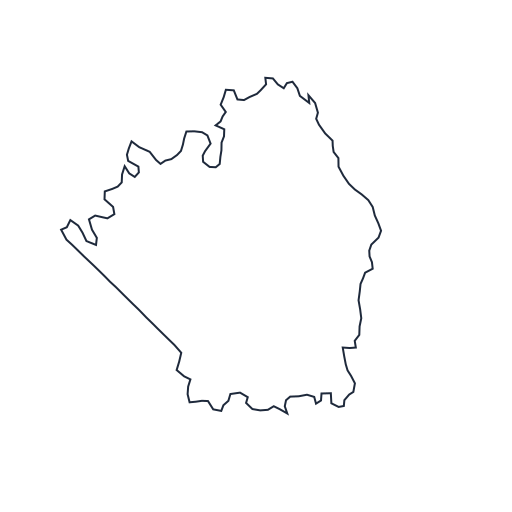 the district of Bozano, Rio Grande do Sul, Brazil, rotated 316°
{"feature_id": "56859067B99818691919040", "entity_name": "Bozano", "entity_type": "district", "adm_level": 2, "iso_a3": "BRA", "parent_name": "Brazil", "parent_adm1": "Rio Grande do Sul", "projection": "natural_earth1", "projection_center": [-53.753, -28.359], "detail": "fine", "context": "isolated", "style": "outline", "palette": "slate", "viewbox_px": 512, "rotation_deg": 316, "n_neighbors": 0, "source": "geoboundaries", "source_scale": "gbopen_adm2", "svg_char_len": 2369}
<svg xmlns="http://www.w3.org/2000/svg" viewBox="0 0 512 512"><g transform="rotate(316 256 256)"><path d="M147.4,101.2L139.9,103.9L134.1,101.7L131.0,112.6L131.5,120.0L131.8,129.8L132.0,136.9L132.3,143.2L132.6,149.5L132.9,158.5L133.1,167.1L133.1,172.9L133.6,181.1L133.8,192.4L134.1,204.9L134.4,213.1L134.4,224.0L134.7,233.8L134.8,239.9L135.0,247.6L135.2,254.2L135.5,263.5L135.0,273.7L127.4,278.6L119.7,282.9L120.7,292.6L123.1,299.2L116.5,302.8L110.8,307.9L106.6,315.1L111.6,319.1L116.5,322.6L120.7,327.0L118.7,336.6L123.4,343.3L128.9,340.7L135.5,341.0L141.7,337.5L149.6,343.2L152.0,351.8L146.8,354.8L147.1,363.6L151.8,370.0L157.7,374.9L164.4,376.4L166.6,382.5L169.1,391.0L172.3,384.1L177.4,380.6L182.9,380.9L189.3,386.6L196.3,391.2L200.0,397.8L196.6,403.9L202.4,405.1L207.6,400.4L214.5,406.7L207.9,414.3L210.6,422.0L215.0,424.9L219.4,421.1L226.8,420.4L231.6,421.4L238.7,416.3L241.1,408.3L242.4,401.9L245.3,396.3L249.8,389.4L254.8,382.1L259.5,387.3L264.2,391.2L268.1,385.6L275.5,384.5L281.6,378.6L288.5,373.9L293.8,366.8L299.0,359.1L306.1,353.5L311.8,348.7L317.5,346.4L322.9,343.8L331.1,346.2L335.1,341.0L337.4,335.2L341.2,330.8L346.9,327.9L356.9,327.9L363.5,324.7L366.7,317.5L369.6,309.4L374.0,301.8L375.6,293.8L374.8,285.1L373.3,276.8L373.0,268.6L374.6,259.0L377.4,249.1L383.3,242.8L384.1,235.1L387.7,230.1L391.2,226.2L390.9,215.9L392.5,205.3L394.6,199.1L400.1,195.9L404.8,187.0L405.4,176.8L400.6,182.9L398.8,171.3L402.3,164.0L403.3,156.0L398.3,153.1L392.5,154.6L390.9,147.7L391.5,140.0L386.5,134.3L382.5,139.5L374.4,140.0L369.3,140.0L361.9,137.2L355.7,135.5L351.4,130.5L355.1,121.4L349.8,115.5L343.1,119.3L335.7,122.6L334.3,131.4L329.0,132.4L324.0,134.6L317.7,134.0L321.2,142.8L316.1,147.7L310.0,150.5L304.5,156.0L299.3,159.9L293.8,164.6L288.7,164.2L284.5,159.7L283.4,151.5L287.4,146.8L292.2,145.2L301.4,143.6L304.8,135.5L303.2,129.5L298.2,123.4L292.4,118.1L285.9,121.6L280.8,125.1L275.0,128.3L269.3,128.5L262.4,127.5L257.1,124.4L251.3,123.4L250.8,117.5L251.9,107.2L247.6,96.6L246.1,87.1L239.2,90.3L233.5,93.5L230.1,98.8L233.5,110.0L229.8,114.5L223.7,114.9L222.2,108.5L223.9,100.2L216.3,104.3L210.5,109.8L204.7,110.0L199.2,107.9L192.1,104.5L186.4,110.0L187.3,121.4L183.2,127.5L175.3,125.7L172.3,121.2L168.4,115.2L161.3,113.6L156.3,123.1L154.1,132.4L148.6,136.9L144.4,127.5L147.4,118.7L149.2,110.6L147.4,101.2Z" fill="none" stroke="#1e293b" stroke-width="2"/></g></svg>